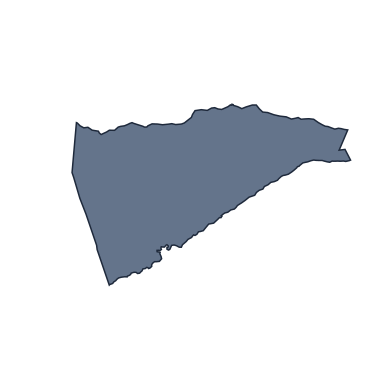 Calaveras, California, United States of America, rotated 23°
{"feature_id": "52423323B80620838081699", "entity_name": "Calaveras", "entity_type": "district", "adm_level": 2, "iso_a3": "USA", "parent_name": "United States of America", "parent_adm1": "California", "projection": "mercator", "projection_center": [-120.465, 38.171], "detail": "fine", "context": "isolated", "style": "filled", "palette": "slate", "viewbox_px": 384, "rotation_deg": 23, "n_neighbors": 0, "source": "geoboundaries", "source_scale": "gbopen_adm2", "svg_char_len": 2791}
<svg xmlns="http://www.w3.org/2000/svg" viewBox="0 0 384 384"><g transform="rotate(23 192 192)"><path d="M311.1,74.0L307.7,74.9L304.5,75.4L301.9,76.1L298.9,78.3L295.3,78.5L291.6,78.6L288.9,79.4L285.4,79.2L281.1,78.7L275.6,77.5L270.9,78.9L266.4,81.1L264.0,82.4L260.6,82.0L258.4,83.7L255.0,86.0L249.4,86.0L243.3,87.8L237.2,88.9L230.6,89.3L225.8,90.8L221.4,89.1L217.2,86.8L213.5,88.4L208.5,92.6L205.3,95.8L200.8,95.6L196.2,96.1L195.8,95.5L194.5,95.6L194.6,96.5L194.1,96.9L193.3,96.8L191.8,99.4L187.1,104.4L183.5,105.4L180.0,105.5L177.2,107.1L174.2,110.9L168.4,112.6L163.0,115.9L162.2,120.4L162.3,123.6L160.3,127.2L158.0,131.4L155.7,133.6L150.6,136.3L146.7,137.0L143.9,138.7L138.6,141.6L133.8,142.9L128.6,144.9L125.6,148.2L125.0,149.8L123.1,150.8L121.0,150.7L116.0,151.2L111.6,151.6L109.7,151.6L108.1,153.0L106.2,155.2L103.9,157.5L100.6,159.5L98.7,161.1L96.6,165.5L91.8,167.4L89.9,170.2L87.6,172.7L85.9,174.6L83.6,173.9L82.1,172.6L75.9,174.1L70.9,173.1L67.3,175.2L63.1,174.8L59.4,173.3L58.5,173.3L74.0,221.0L77.4,224.8L91.2,241.6L103.1,253.8L125.0,278.3L127.2,282.1L152.2,310.0L152.4,309.4L154.7,307.2L155.2,305.2L156.4,303.5L157.0,301.6L158.0,299.8L160.3,298.0L163.4,296.2L164.7,295.8L165.5,295.4L165.3,295.0L165.6,294.5L166.5,293.7L167.7,292.0L167.7,290.5L169.9,288.6L171.9,287.8L173.7,288.3L175.5,287.2L176.0,285.8L176.8,284.2L176.9,281.9L178.8,280.8L179.9,279.0L181.4,279.0L181.9,279.4L182.9,278.6L183.4,277.6L184.0,276.2L183.3,274.8L183.5,273.1L184.1,272.0L184.7,270.8L186.4,270.1L189.1,268.6L190.1,265.3L188.7,263.4L186.5,261.4L186.3,260.0L184.8,260.2L183.8,260.5L183.2,260.6L182.6,259.4L184.2,258.6L185.4,258.4L186.3,256.9L185.3,255.8L185.1,254.4L186.5,254.1L188.2,253.4L188.8,251.3L189.5,250.3L191.1,250.8L191.6,251.7L191.0,252.6L190.6,252.7L191.0,253.8L191.4,254.5L193.1,254.6L194.0,253.5L194.1,249.1L196.2,247.8L198.6,247.5L201.8,247.8L203.8,247.0L203.8,244.3L206.0,239.9L206.8,237.2L209.4,234.0L209.6,232.7L210.2,230.9L211.7,230.8L213.0,229.1L213.5,226.1L215.0,225.2L217.5,223.2L218.6,219.3L219.9,215.0L224.1,212.2L226.3,207.3L227.3,204.8L228.7,204.3L229.0,202.6L228.2,202.4L229.0,200.7L230.3,198.6L232.9,196.6L234.7,193.4L237.7,191.1L238.6,188.9L239.1,186.7L240.3,184.9L241.8,182.8L244.1,179.1L246.6,174.4L251.0,170.5L251.5,167.2L253.2,164.2L256.1,161.6L256.5,158.6L259.2,155.6L260.8,152.3L263.8,150.2L266.1,147.8L266.8,145.6L268.1,142.8L269.4,141.2L271.4,139.9L273.8,137.9L275.9,134.7L277.3,132.2L278.9,128.9L279.2,127.4L280.4,126.6L280.8,125.5L282.6,122.0L284.2,120.8L286.8,119.0L289.3,116.7L291.6,115.0L293.5,114.5L296.7,113.3L299.5,112.1L301.5,111.9L304.7,111.4L307.2,110.8L308.9,108.8L310.4,108.3L311.8,107.7L313.8,106.7L316.8,105.6L319.3,104.3L321.6,103.8L324.5,101.7L325.5,100.7L316.2,93.0L311.1,96.0L311.1,74.0Z" fill="#64748b" stroke="#1e293b" stroke-width="1.5"/></g></svg>